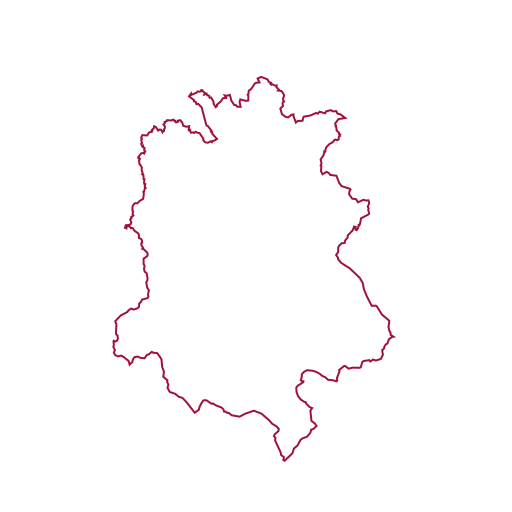 El Tambo, Cauca, Colombia, rotated 212°
{"feature_id": "7082276B344609225912", "entity_name": "El Tambo", "entity_type": "district", "adm_level": 2, "iso_a3": "COL", "parent_name": "Colombia", "parent_adm1": "Cauca", "projection": "orthographic", "projection_center": [-76.91, 2.517], "detail": "fine", "context": "isolated", "style": "outline", "palette": "rose", "viewbox_px": 512, "rotation_deg": 212, "n_neighbors": 0, "source": "geoboundaries", "source_scale": "gbopen_adm2", "svg_char_len": 6137}
<svg xmlns="http://www.w3.org/2000/svg" viewBox="0 0 512 512"><g transform="rotate(212 256 256)"><path d="M385.0,229.1L383.9,228.8L382.8,225.9L381.4,225.4L382.5,222.7L381.6,221.9L382.1,220.3L379.4,218.2L379.1,217.0L379.9,215.2L382.7,213.1L382.1,210.5L380.5,210.8L381.3,212.5L380.9,213.4L379.0,214.0L376.8,213.3L376.3,214.1L375.1,214.3L372.6,213.0L368.3,212.8L366.7,212.1L364.7,209.2L362.7,209.6L361.0,208.9L359.6,206.9L360.0,205.9L358.7,204.3L356.1,203.1L356.2,201.9L354.6,202.2L350.1,201.3L348.6,199.9L348.2,198.1L349.9,194.2L347.0,189.5L345.4,188.8L344.1,185.7L342.1,183.7L339.7,183.5L336.2,179.7L335.2,177.6L335.2,175.7L331.6,171.6L328.7,170.1L327.2,166.2L325.7,164.5L325.6,162.9L329.6,158.5L329.2,156.4L329.8,153.6L328.3,150.9L328.7,149.0L331.2,145.8L334.0,145.3L335.4,142.2L335.4,140.4L339.2,133.9L340.8,126.1L338.0,123.9L334.0,116.5L332.9,115.4L331.4,115.2L329.1,112.4L329.1,110.0L329.9,109.0L331.7,108.8L331.5,107.9L329.6,105.6L328.8,103.3L325.8,101.5L325.4,98.8L323.1,97.4L319.8,97.7L317.8,99.9L315.6,100.3L308.4,99.5L305.6,96.9L304.7,100.4L305.6,103.3L305.4,105.9L303.3,107.9L299.8,108.5L296.3,110.2L296.1,114.4L294.8,115.8L293.6,119.5L291.9,119.5L288.1,121.3L281.5,118.4L276.8,112.2L272.8,109.2L270.6,104.4L265.3,103.7L264.5,102.0L262.1,100.5L261.3,97.4L257.7,95.3L256.8,95.0L251.7,96.3L246.7,95.7L243.4,96.7L237.6,95.3L224.9,90.6L223.0,95.2L224.0,98.5L224.2,101.8L224.2,105.4L223.0,106.6L221.3,107.4L215.4,107.1L214.5,108.1L211.0,108.1L204.9,109.2L202.6,108.8L200.5,107.1L199.4,107.9L197.1,107.8L195.8,108.5L192.3,108.0L184.7,111.1L181.6,116.5L175.8,123.7L167.6,125.2L158.2,123.7L153.3,122.3L148.3,122.4L145.0,121.4L144.2,119.3L145.6,114.8L145.4,112.8L143.2,112.1L142.1,109.7L131.4,102.8L129.1,100.5L125.7,100.2L124.7,97.5L123.2,97.5L120.6,108.0L121.8,112.9L120.4,117.3L120.8,123.6L120.0,125.8L117.0,129.7L116.2,135.0L117.2,137.8L115.6,139.9L114.6,143.9L117.1,145.1L121.5,145.5L127.9,153.6L127.8,156.8L130.3,156.3L134.9,157.3L136.5,158.4L137.5,157.9L142.1,158.0L146.3,159.6L149.4,162.0L152.1,165.7L151.9,168.0L149.0,174.1L149.4,174.9L151.0,174.1L152.4,174.6L152.8,177.0L154.5,180.1L153.8,183.5L152.1,186.3L147.3,188.6L143.9,189.6L139.6,189.9L136.5,189.4L132.8,189.9L129.3,189.2L125.0,191.4L121.5,192.2L121.0,193.4L122.6,195.2L124.1,202.5L125.1,203.3L123.1,209.2L122.3,209.9L117.7,209.6L114.8,212.6L108.7,216.2L108.2,217.3L109.6,222.1L109.1,224.0L104.7,227.7L103.2,227.1L101.8,230.3L98.9,230.9L95.6,234.9L96.0,239.4L99.1,243.0L98.4,245.6L99.1,247.0L99.1,249.7L98.2,251.5L99.2,255.8L97.7,259.4L96.6,260.4L100.1,260.5L101.2,262.2L103.3,263.2L106.1,266.2L108.6,271.7L118.3,273.1L126.9,277.4L128.0,277.4L131.5,275.1L140.9,280.7L147.0,285.1L151.1,289.6L156.3,292.4L169.7,295.2L180.0,295.3L184.8,296.8L185.4,297.9L188.6,299.3L188.4,302.9L190.7,306.6L191.0,308.4L190.2,312.0L187.7,314.1L188.6,316.5L188.1,320.3L189.1,321.9L187.6,329.1L188.4,333.0L186.8,333.4L185.7,331.2L184.4,331.2L184.2,333.7L185.4,336.7L184.7,336.8L184.7,338.1L186.9,343.6L182.5,351.1L182.5,352.0L185.2,354.5L185.7,356.0L187.3,357.0L188.0,360.9L190.1,362.8L192.6,361.1L194.6,360.7L198.0,355.6L201.2,357.2L204.8,355.6L209.8,357.7L211.0,360.2L211.0,362.3L211.7,362.8L220.5,360.6L224.3,362.1L230.3,366.7L236.0,364.1L238.1,364.9L240.7,364.8L242.9,360.6L246.0,362.5L248.0,366.6L249.1,366.9L249.4,369.1L252.4,372.2L252.1,377.2L253.4,380.8L252.7,380.8L252.6,381.5L253.4,382.5L254.0,385.6L253.1,389.8L251.2,393.2L251.0,396.0L250.1,397.0L248.6,397.1L247.7,398.6L249.0,401.1L248.4,402.3L249.1,402.7L249.1,403.6L250.1,403.4L251.1,404.6L254.2,405.2L256.0,407.7L257.0,407.9L257.2,409.0L258.1,409.2L259.1,410.4L258.6,415.8L253.5,420.3L259.7,420.9L262.3,419.9L264.7,421.4L267.5,419.3L269.8,419.4L273.2,415.7L273.0,413.6L278.5,412.1L279.0,409.5L280.9,409.1L284.4,403.9L289.1,399.7L289.4,398.8L288.2,395.3L292.1,392.7L292.9,390.3L298.5,394.6L299.2,395.9L300.7,394.6L302.3,390.4L304.9,389.7L309.1,390.0L313.5,393.9L312.6,397.6L314.1,399.1L314.7,400.7L314.0,401.9L315.4,402.4L316.5,403.9L317.3,407.3L320.6,409.0L322.0,409.3L325.1,408.0L325.0,409.3L328.1,410.0L328.8,411.6L329.8,410.7L333.5,410.2L333.8,409.4L335.0,409.6L335.1,410.8L337.1,410.4L340.0,411.9L346.5,410.6L348.7,407.4L345.0,405.0L347.7,403.0L348.4,401.6L348.6,395.1L349.7,392.4L348.3,389.3L348.6,388.4L347.4,387.9L344.9,383.7L347.0,382.1L352.3,380.5L351.6,378.0L348.1,374.4L350.9,372.7L352.9,373.3L354.4,372.5L359.1,374.6L363.6,378.8L365.8,376.2L367.6,375.6L365.1,374.2L367.6,372.3L367.8,368.4L369.3,363.7L368.6,362.6L369.0,360.9L372.7,362.7L373.7,364.3L378.0,366.6L379.3,365.6L380.6,367.1L382.6,366.4L383.9,367.5L385.4,365.5L385.7,367.2L388.4,367.5L389.3,368.2L390.3,367.7L389.9,366.8L390.7,365.6L392.6,364.7L392.9,363.1L396.2,358.4L397.1,359.4L397.4,355.9L391.3,355.4L390.7,354.3L389.0,354.8L386.9,353.2L385.9,354.4L380.9,353.3L367.3,340.5L365.6,340.7L360.6,338.8L359.7,339.3L360.5,338.2L360.2,337.5L358.5,337.6L357.7,336.4L351.1,334.6L352.5,331.7L353.8,330.5L353.7,329.2L355.1,329.3L356.9,326.5L359.2,325.5L362.1,326.2L362.8,327.6L369.0,330.3L371.7,329.3L372.9,329.5L373.7,327.5L374.7,327.6L376.6,326.1L378.0,327.2L379.1,327.0L379.0,328.1L380.1,327.6L381.5,330.7L383.7,328.6L386.8,327.9L388.9,329.8L392.1,331.1L394.0,329.4L393.2,328.7L394.4,327.1L395.1,326.8L396.1,327.8L397.1,327.3L397.8,327.9L398.8,327.6L399.6,326.0L403.2,324.2L402.9,323.7L404.5,321.3L403.7,320.7L404.2,318.5L401.9,317.6L401.0,315.8L401.2,314.6L400.3,313.3L400.9,312.8L400.8,311.4L403.4,312.8L405.0,312.0L405.5,310.5L409.1,312.3L411.1,312.1L410.4,310.1L411.1,307.8L410.2,307.2L410.2,306.0L410.9,306.0L412.2,303.7L412.1,300.6L416.4,298.3L416.1,295.6L414.8,294.9L415.0,293.9L412.5,291.3L412.8,290.2L410.2,288.5L409.6,288.5L409.7,289.1L408.9,288.4L407.7,288.5L406.7,286.2L405.4,286.1L405.2,283.6L406.1,283.8L407.7,282.3L408.3,277.8L407.8,276.7L407.0,276.6L406.8,277.3L405.9,276.9L405.7,274.8L403.3,272.0L402.5,272.1L399.6,270.4L398.6,268.4L395.5,265.7L395.8,265.0L394.4,265.0L392.0,261.6L391.2,261.9L390.0,259.1L388.8,257.9L388.0,258.3L387.2,255.9L385.7,255.2L386.2,254.6L385.1,251.5L385.5,250.7L384.1,249.4L382.0,244.6L383.7,241.4L384.6,237.7L386.2,237.0L387.1,235.4L387.0,232.7L385.0,229.1Z" fill="none" stroke="#9f1239" stroke-width="2"/></g></svg>